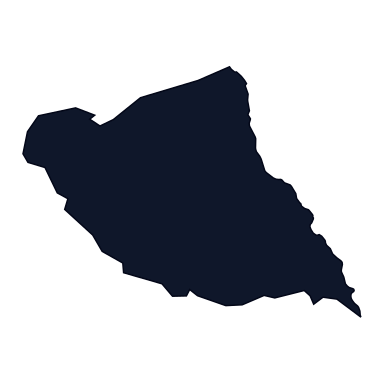 outline of Elbert, Georgia, United States of America
{"feature_id": "52423323B69267634512958", "entity_name": "Elbert", "entity_type": "district", "adm_level": 2, "iso_a3": "USA", "parent_name": "United States of America", "parent_adm1": "Georgia", "projection": "robinson", "projection_center": [-82.718, 34.122], "detail": "fine", "context": "isolated", "style": "filled", "palette": "ink", "viewbox_px": 384, "rotation_deg": 0, "n_neighbors": 0, "source": "geoboundaries", "source_scale": "gbopen_adm2", "svg_char_len": 1689}
<svg xmlns="http://www.w3.org/2000/svg" viewBox="0 0 384 384"><path d="M229.5,66.8L198.0,80.5L140.5,97.7L113.3,119.6L100.0,126.0L89.7,119.2L94.7,115.2L75.6,107.9L38.5,115.8L27.5,131.7L23.0,153.8L28.0,162.4L45.0,167.5L57.3,192.9L67.9,198.7L64.7,209.4L92.7,235.0L102.2,251.4L122.8,263.0L123.6,272.7L162.0,283.8L172.5,296.2L186.4,295.9L189.7,289.5L197.5,295.7L225.8,305.6L242.2,304.8L264.1,295.4L274.8,297.9L304.2,290.5L310.1,295.8L313.7,304.2L323.0,297.2L336.9,299.1L361.0,317.2L360.9,317.1L360.2,315.0L359.9,311.1L358.6,307.4L357.6,306.0L354.5,303.4L352.8,301.2L351.5,299.1L350.9,297.1L350.9,295.1L351.2,293.7L352.3,292.4L353.5,291.7L354.1,290.7L354.0,289.9L353.6,289.1L352.6,288.6L349.1,287.5L347.3,286.1L345.4,283.8L343.8,277.1L342.1,273.4L341.4,271.8L341.3,270.0L342.4,264.4L342.1,262.3L341.1,261.0L336.7,257.7L332.6,253.9L330.3,248.7L326.6,245.3L325.5,243.0L325.3,241.1L324.7,239.9L321.7,236.2L319.2,234.6L317.5,235.2L316.0,235.1L313.2,233.1L311.0,229.6L309.9,226.7L310.2,224.5L311.7,222.8L313.3,219.0L313.4,218.0L313.1,217.5L312.7,217.1L312.9,215.6L312.5,214.6L309.1,210.4L308.4,209.7L305.9,208.9L304.7,208.5L301.8,206.4L301.5,206.1L300.7,203.5L299.8,202.9L296.6,198.5L295.8,193.6L291.4,186.3L290.1,184.9L284.4,182.8L281.8,179.9L280.7,179.4L278.6,179.5L276.0,179.2L273.2,177.9L266.2,172.5L264.8,170.8L261.2,159.2L259.8,156.3L256.4,151.7L255.8,149.8L255.5,148.1L255.7,138.7L255.2,137.0L249.5,126.0L249.3,124.6L249.2,123.2L250.3,119.7L250.4,118.7L247.9,114.8L248.5,113.0L249.4,110.8L247.7,101.2L247.6,99.8L248.1,94.1L245.2,85.9L245.3,85.3L246.5,83.6L244.5,80.3L241.3,76.3L236.9,72.3L236.3,71.9L234.8,72.2L231.3,69.3L229.5,66.8Z" fill="#0f172a" stroke="#020617" stroke-width="1.5"/></svg>